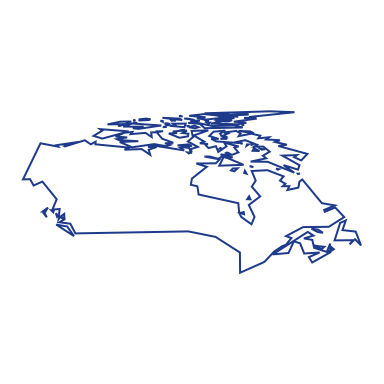 outline of Canada
{"feature_id": "CAN", "entity_name": "Canada", "entity_type": "country or territory", "adm_level": 0, "iso_a3": "CAN", "parent_name": "North America", "parent_adm1": "", "projection": "equal_earth", "projection_center": [-89.555, 62.395], "detail": "fine", "context": "isolated", "style": "outline", "palette": "blue", "viewbox_px": 384, "rotation_deg": 0, "n_neighbors": 0, "source": "natural_earth", "source_scale": "50m", "svg_char_len": 6139}
<svg xmlns="http://www.w3.org/2000/svg" viewBox="0 0 384 384"><path d="M56.7,199.3L42.4,181.6L33.6,185.5L30.1,179.2L23.0,179.4L40.5,143.3L58.0,146.6L56.5,145.2L79.1,141.8L67.5,144.7L64.4,146.1L65.0,146.4L84.8,140.3L90.8,144.3L95.6,141.7L95.4,144.3L129.0,147.6L124.5,149.7L141.7,149.1L150.2,154.8L148.7,149.7L156.6,147.0L147.9,146.9L155.4,145.8L184.1,150.4L180.3,147.7L184.5,147.3L189.3,148.1L190.9,152.6L187.5,152.4L189.5,154.0L188.8,152.9L190.9,152.8L191.5,151.7L191.0,149.0L197.8,146.9L187.8,141.5L194.5,135.9L204.2,141.6L199.8,143.3L208.0,144.0L205.3,144.6L208.5,148.1L215.9,146.2L218.3,152.0L226.5,146.3L224.2,142.7L238.6,146.4L234.3,147.5L238.4,152.4L231.9,154.9L227.9,152.7L226.9,152.5L226.0,153.0L230.4,155.5L220.6,154.4L223.2,155.9L218.1,158.8L210.2,156.6L204.4,156.5L219.6,159.4L215.9,163.3L196.3,163.5L206.8,166.8L191.9,178.6L190.9,184.8L197.4,186.3L198.6,194.5L238.3,203.2L239.2,213.0L241.3,217.0L251.5,224.3L254.5,216.8L248.8,205.0L260.2,196.4L251.8,186.7L255.7,180.6L251.7,171.0L267.4,170.2L283.6,176.4L280.0,180.6L285.4,183.8L282.8,186.2L289.3,186.2L287.5,190.0L298.4,187.6L299.4,181.7L302.3,179.5L321.9,203.2L334.8,205.4L324.2,209.9L324.8,211.8L335.2,207.5L344.2,217.1L328.8,226.8L303.1,227.1L286.1,236.1L291.4,238.0L286.0,244.8L282.3,246.1L274.1,251.6L264.4,261.9L240.1,272.7L239.9,252.5L215.6,236.9L188.3,231.4L75.4,233.4L70.3,223.7L59.3,222.3L64.1,219.5L60.3,217.1L64.4,217.8L64.2,213.9L60.2,216.8L58.6,219.1L59.6,209.0L52.4,209.6L56.7,199.3ZM220.5,138.9L226.3,138.9L226.6,137.0L222.6,135.9L227.8,133.5L223.9,132.6L236.1,130.9L240.6,133.5L238.7,136.1L251.4,133.7L260.2,135.7L258.3,138.3L269.0,137.3L266.2,139.5L279.9,140.2L275.1,142.0L286.9,144.7L278.4,146.0L307.4,153.9L301.2,160.4L294.2,157.2L297.0,155.1L282.3,155.6L299.5,165.2L298.0,169.6L283.6,165.2L294.3,172.7L267.7,161.8L250.6,161.6L266.2,158.3L262.9,155.7L269.7,151.7L263.4,146.6L254.2,146.6L257.1,144.8L245.2,140.2L236.9,141.9L239.4,143.1L216.3,141.4L211.2,138.8L218.7,138.9L209.3,136.0L213.6,131.7L225.3,130.6L220.1,133.6L221.6,136.1L225.6,137.8L220.5,138.9ZM269.8,111.3L294.5,112.2L249.0,117.0L256.2,117.9L244.0,117.9L256.7,118.6L233.8,121.7L246.4,122.7L238.0,124.3L210.8,123.6L219.3,121.9L215.5,120.6L226.4,121.5L229.1,121.3L232.1,120.1L216.9,119.7L219.2,118.5L229.9,118.5L234.4,118.1L220.0,115.6L238.2,116.8L230.5,115.5L248.7,114.6L243.1,114.4L248.5,113.6L224.0,115.2L219.6,115.0L229.5,114.1L216.3,114.9L211.7,114.5L220.0,114.3L224.6,113.9L204.5,113.3L269.8,111.3ZM130.7,134.1L145.5,132.9L151.7,137.0L151.2,132.4L156.8,132.3L162.1,138.7L173.3,142.8L164.9,143.3L170.1,144.9L166.3,146.2L154.1,144.1L132.2,147.3L119.7,142.0L138.3,141.2L119.0,140.1L116.8,139.1L127.2,137.4L115.6,136.6L124.5,132.7L132.3,132.0L130.7,134.1ZM304.2,253.5L300.1,243.3L293.9,241.3L288.5,253.0L272.7,254.4L307.8,231.9L313.5,235.6L303.9,238.4L312.3,239.9L314.1,247.8L329.4,252.8L312.2,262.5L308.9,257.1L319.6,252.5L304.2,253.5ZM100.0,129.1L128.7,131.4L102.3,138.6L93.6,135.9L102.2,130.7L100.0,129.1ZM203.9,114.1L216.5,115.4L224.5,117.5L205.2,119.7L196.9,118.1L205.6,117.3L189.2,115.8L203.9,114.1ZM196.3,122.6L212.8,126.1L233.9,125.2L242.7,127.5L204.7,128.2L199.9,123.9L188.2,122.9L196.3,122.6ZM132.2,123.5L161.3,125.5L138.5,128.9L132.8,128.2L143.7,126.7L123.2,126.6L132.2,123.5ZM345.8,220.4L342.5,230.1L355.7,231.6L361.0,245.4L355.0,239.2L349.6,244.4L352.8,240.2L334.6,240.4L340.1,223.0L345.8,220.4ZM172.8,131.5L180.4,130.8L186.9,130.6L182.5,133.0L188.4,133.7L188.0,136.3L179.6,137.8L168.7,133.5L177.0,133.1L172.8,131.5ZM223.7,157.0L228.3,158.4L243.6,164.8L219.2,165.7L223.7,157.0ZM191.6,130.9L208.3,130.4L192.6,135.8L191.6,130.9ZM131.2,121.5L125.2,124.1L107.5,124.4L120.3,121.7L131.2,121.5ZM185.7,123.6L184.4,127.2L169.6,125.8L175.3,125.3L173.0,123.7L185.7,123.6ZM162.4,117.8L179.2,118.6L182.1,120.1L162.4,117.8ZM56.2,224.6L67.2,226.5L74.0,236.1L56.2,224.6ZM238.5,130.9L250.1,131.4L253.9,133.2L238.5,130.9ZM177.5,145.4L188.4,144.4L191.8,146.1L177.5,145.4ZM198.4,127.2L195.2,128.3L188.8,127.2L194.3,125.7L198.4,127.2ZM187.1,118.5L194.5,119.9L184.2,118.5L187.1,118.5ZM253.9,148.2L259.5,151.0L252.6,150.8L253.9,148.2ZM141.5,120.1L149.7,120.0L138.4,120.5L141.5,120.1ZM163.1,131.2L157.9,132.0L155.5,131.4L163.1,131.2ZM330.1,243.7L330.2,250.4L331.6,247.4L333.8,249.2L330.6,251.2L327.3,250.6L330.1,243.7ZM146.3,118.6L150.7,119.3L138.7,119.4L146.3,118.6ZM322.9,232.8L317.8,232.1L311.4,228.7L318.1,229.6L322.9,232.8ZM237.7,168.3L234.3,171.3L231.0,170.4L232.8,168.5L237.7,168.3ZM42.5,211.6L47.9,207.6L45.3,211.8L42.5,211.6ZM190.3,120.9L198.5,120.6L199.9,120.9L190.3,120.9ZM170.1,124.0L168.0,125.4L164.8,124.5L170.1,124.0ZM314.3,245.4L317.4,246.1L324.3,246.8L321.5,249.2L314.3,245.4ZM244.9,170.8L246.5,173.7L244.2,173.0L244.9,170.8ZM124.2,124.5L119.6,126.0L117.9,125.7L124.2,124.5ZM209.0,121.0L206.4,121.6L205.9,121.1L209.0,121.0ZM162.7,120.9L162.8,121.9L160.4,120.7L162.7,120.9ZM43.0,212.5L44.9,213.7L46.8,217.3L43.0,212.5ZM243.7,212.1L244.0,214.2L240.2,212.9L243.7,212.1ZM180.4,115.8L182.6,116.6L179.1,116.1L180.4,115.8ZM166.8,126.8L163.6,127.2L162.9,126.9L166.8,126.8ZM164.4,123.3L167.1,123.3L169.2,123.7L164.4,123.3ZM55.9,213.2L57.9,215.5L57.0,216.6L55.9,213.2ZM265.2,149.1L261.7,149.7L260.7,149.0L265.2,149.1ZM249.1,196.3L250.4,199.3L247.2,199.2L249.1,196.3ZM135.4,119.9L134.3,120.6L133.2,120.2L135.4,119.9ZM185.2,129.8L181.0,130.5L179.6,130.3L185.2,129.8ZM250.8,166.1L253.4,167.1L249.8,166.4L250.8,166.1ZM246.6,145.8L247.1,144.4L248.5,144.5L246.6,145.8ZM221.4,148.4L219.6,148.7L220.4,148.0L221.4,148.4ZM175.9,120.7L171.7,120.7L171.4,120.4L175.9,120.7ZM241.0,142.9L242.6,143.8L239.8,143.2L241.0,142.9ZM209.6,122.7L209.0,123.5L207.7,122.9L209.6,122.7ZM228.3,156.0L232.7,157.5L229.6,157.2L228.3,156.0ZM135.9,122.6L136.4,123.0L133.0,122.8L135.9,122.6ZM300.0,173.6L297.9,174.0L297.7,173.7L300.0,173.6ZM253.6,144.3L251.5,144.9L251.4,144.2L253.6,144.3ZM227.4,156.9L226.2,157.2L226.0,156.3L227.4,156.9ZM189.6,125.6L188.0,126.4L187.6,126.1L189.6,125.6ZM278.9,169.2L277.9,169.7L276.1,168.6L278.9,169.2ZM259.6,146.8L258.6,147.4L258.3,147.0L259.6,146.8ZM244.1,124.5L242.6,125.2L241.5,125.1L244.1,124.5ZM53.6,211.0L53.2,212.3L51.5,210.5L53.6,211.0Z" fill="none" stroke="#1e3a8a" stroke-width="2"/></svg>